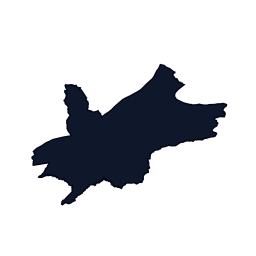 Mueang Nong Bua Lam Phu, Nong Bua Lam Phu, Thailand (Equal Earth projection), rotated 255°
{"feature_id": "78962969B75435650034529", "entity_name": "Mueang Nong Bua Lam Phu", "entity_type": "district", "adm_level": 2, "iso_a3": "THA", "parent_name": "Thailand", "parent_adm1": "Nong Bua Lam Phu", "projection": "equal_earth", "projection_center": [102.349, 17.151], "detail": "fine", "context": "isolated", "style": "filled", "palette": "ink", "viewbox_px": 256, "rotation_deg": 255, "n_neighbors": 0, "source": "geoboundaries", "source_scale": "gbopen_adm2", "svg_char_len": 5605}
<svg xmlns="http://www.w3.org/2000/svg" viewBox="0 0 256 256"><g transform="rotate(255 128 128)"><path d="M129.8,30.6L128.1,31.2L127.5,30.8L126.2,31.4L125.6,30.8L125.0,28.2L124.4,27.7L123.0,27.7L122.0,28.6L121.2,28.9L120.5,28.2L120.3,28.4L120.1,27.9L119.5,27.7L119.0,27.9L118.2,27.2L117.7,27.4L117.4,27.0L116.6,26.9L115.0,42.5L114.6,42.1L113.9,42.6L113.1,42.1L112.7,40.9L112.2,40.5L111.2,40.3L110.2,38.3L109.8,38.3L109.5,37.5L108.7,37.5L108.7,37.2L108.5,36.8L107.9,36.8L107.5,35.8L106.4,35.1L106.1,33.9L104.4,31.8L104.6,30.9L103.9,29.1L103.7,29.0L103.3,29.4L103.5,29.8L103.0,30.7L102.9,31.2L103.1,31.3L102.7,32.3L103.1,34.1L103.0,34.6L103.4,35.0L103.2,35.5L103.4,35.8L103.5,35.6L103.6,35.9L103.4,36.0L103.7,36.5L103.4,36.6L103.4,37.7L103.1,37.6L102.7,38.9L102.7,39.2L103.1,39.2L102.8,39.4L103.1,39.8L102.6,40.3L102.5,41.5L102.2,41.3L101.9,41.7L101.4,43.2L100.9,43.2L101.1,43.5L100.5,44.5L100.5,45.2L100.0,45.1L99.6,46.2L98.8,46.1L98.4,46.4L98.3,47.3L97.5,48.0L96.5,48.1L96.2,48.8L96.4,49.2L96.2,49.9L96.4,50.3L95.7,51.1L95.3,50.9L95.1,51.2L95.2,51.7L94.9,52.0L95.1,52.7L94.7,53.5L93.5,53.2L93.5,53.7L93.0,53.8L93.0,54.3L92.7,54.1L92.5,54.5L90.4,56.0L88.2,56.4L87.4,57.9L86.9,58.3L86.6,59.5L86.1,59.8L85.6,59.7L85.3,58.7L85.0,58.5L83.0,58.3L82.5,57.9L80.9,57.8L75.9,49.3L74.9,48.3L74.9,46.6L73.9,45.2L73.2,45.2L72.4,44.4L71.6,44.2L70.9,44.9L72.2,48.0L71.9,48.3L71.7,49.5L70.9,50.0L71.0,50.7L70.5,50.9L70.3,52.0L70.5,53.5L70.9,54.1L71.5,56.5L71.6,58.0L72.1,58.2L73.1,57.5L74.3,59.0L74.7,60.6L75.7,61.5L76.1,62.2L76.0,63.6L77.1,66.9L78.4,68.0L78.5,68.8L78.9,69.0L79.0,70.1L79.4,70.3L79.5,70.7L79.9,70.6L80.4,71.1L80.6,72.3L80.9,72.5L80.7,72.9L81.1,73.0L81.1,73.5L81.4,73.5L81.6,75.0L81.9,74.9L82.2,75.6L82.8,76.0L82.7,76.2L82.9,77.9L82.6,78.7L82.4,78.5L82.6,79.0L82.2,79.5L82.4,79.8L82.0,80.7L82.1,81.1L81.5,81.2L81.7,81.5L81.4,81.7L82.4,82.5L82.5,82.3L82.7,82.9L82.9,82.5L83.2,82.8L83.2,83.7L83.5,84.4L82.8,84.7L82.6,85.7L82.9,86.1L82.7,86.3L83.0,86.7L83.3,86.4L83.7,86.5L83.8,87.2L84.0,87.3L83.7,87.9L83.9,88.2L83.6,88.1L83.7,88.4L83.5,88.6L84.5,90.6L84.7,91.0L85.5,91.4L85.4,92.0L85.6,92.2L86.0,91.9L86.0,92.3L85.2,93.2L84.7,92.4L84.5,92.8L84.3,92.3L84.0,92.7L84.0,92.4L83.7,92.5L83.3,93.2L82.9,93.3L82.8,95.1L82.6,94.9L82.2,95.5L81.8,95.4L81.9,95.8L81.6,96.5L81.4,96.4L81.4,96.9L80.6,97.7L80.3,97.4L80.0,97.7L79.8,97.5L79.2,98.2L78.3,97.4L77.7,98.0L77.2,98.0L77.3,98.4L76.3,98.8L76.3,99.1L75.8,99.0L74.8,99.8L74.6,101.7L74.0,102.2L74.0,102.8L73.8,102.6L73.4,102.8L73.0,104.1L71.4,106.1L73.2,107.6L74.0,109.5L74.0,110.5L74.8,111.1L75.3,112.7L74.0,117.0L73.4,121.3L72.6,120.9L71.8,121.9L72.6,124.9L72.0,127.2L74.7,129.5L77.2,130.0L78.9,131.6L80.1,134.6L80.1,135.4L79.9,136.0L80.9,136.4L82.7,136.2L83.7,137.7L83.9,138.5L86.8,138.1L88.7,139.0L89.8,138.2L90.7,139.1L92.0,138.6L92.9,138.9L92.6,141.0L93.3,141.1L93.3,141.5L94.3,141.4L95.4,142.4L95.9,142.4L96.2,142.0L97.2,142.3L96.9,142.8L98.6,145.4L98.4,146.3L99.1,146.7L99.6,149.2L99.2,152.1L99.8,152.5L99.6,153.8L100.0,154.1L100.3,154.8L101.0,155.0L100.9,156.3L100.6,156.7L100.8,156.9L100.5,158.9L100.8,160.7L100.6,161.8L100.9,162.9L99.7,165.2L98.7,169.4L100.5,174.8L100.1,178.3L100.7,178.9L100.3,180.7L100.7,181.5L99.5,184.1L99.5,184.9L99.9,184.8L98.4,187.5L98.8,187.8L99.4,189.9L98.8,191.1L98.6,193.1L97.4,196.7L98.3,199.6L97.9,200.9L98.0,205.8L97.5,208.3L97.6,209.9L99.5,212.0L100.7,211.6L101.1,210.5L102.6,208.7L103.7,208.4L104.7,208.8L106.3,211.2L107.1,214.2L107.6,214.6L108.4,214.7L109.1,215.8L109.7,215.9L110.5,215.1L111.0,215.0L112.2,215.3L113.6,213.5L114.4,213.7L115.4,215.3L115.1,216.8L115.4,219.4L114.0,224.0L115.4,224.7L116.2,225.5L117.2,225.1L117.6,225.3L117.7,224.9L118.0,225.4L118.9,224.9L118.9,224.3L119.6,224.0L122.0,224.8L123.5,227.2L123.5,227.9L124.3,228.9L124.8,229.1L125.2,229.1L127.0,226.4L127.3,223.7L128.1,220.4L128.2,217.9L129.3,213.3L129.7,209.4L131.0,205.7L132.5,202.9L132.6,200.2L133.5,196.2L134.3,195.1L134.5,194.1L137.9,188.0L143.0,182.1L145.0,181.6L146.0,181.0L148.5,181.7L149.9,182.7L152.2,186.1L155.3,193.4L156.7,191.6L157.3,191.8L157.9,190.4L158.6,190.2L158.6,189.3L158.9,189.2L158.9,188.9L162.5,188.0L162.5,187.4L163.2,187.2L163.2,186.4L165.0,185.8L165.6,185.1L165.9,185.5L167.2,184.8L167.8,185.2L168.2,184.9L169.2,186.2L169.3,187.5L169.9,187.6L170.0,186.9L174.3,183.8L177.1,180.2L178.9,179.3L180.8,175.7L177.4,173.0L176.0,170.9L171.3,166.8L169.2,164.4L166.0,158.0L162.3,151.7L161.5,150.0L160.5,146.8L158.6,139.2L157.3,132.3L156.6,130.0L152.2,120.9L149.7,116.7L148.4,113.7L147.1,109.5L145.3,105.6L145.9,105.8L147.5,104.8L148.9,105.2L150.2,104.1L152.4,103.5L152.0,101.5L152.3,98.3L153.8,97.0L155.2,94.3L155.9,93.7L156.7,93.6L158.5,94.7L160.4,95.1L161.2,95.7L162.6,95.9L164.1,95.8L164.7,95.1L165.6,95.0L166.2,94.3L166.6,94.4L167.6,95.7L176.9,92.6L177.7,90.9L178.4,92.0L178.7,91.8L179.2,92.2L180.4,89.4L182.6,88.8L182.7,87.8L182.4,87.0L182.8,86.7L182.9,85.9L183.4,86.0L183.4,85.7L183.7,85.6L183.5,85.2L183.9,85.3L184.4,84.4L184.2,84.1L184.7,83.4L184.5,82.9L184.7,82.3L184.4,82.1L184.5,81.6L184.8,81.6L184.6,81.1L185.0,80.3L185.3,80.2L185.1,79.7L185.5,79.6L185.5,79.3L185.7,79.1L185.4,79.0L185.4,78.5L185.1,78.2L184.1,78.6L183.2,78.3L181.5,78.9L179.9,78.7L180.0,77.5L180.4,76.8L179.0,76.3L177.2,76.9L174.9,76.9L171.8,74.6L171.3,73.6L170.8,73.4L169.3,74.1L167.7,73.8L165.6,75.2L163.7,75.9L162.7,75.5L161.7,74.7L160.6,75.3L159.7,74.5L158.6,74.2L157.0,74.7L156.6,75.3L155.7,75.6L154.6,74.8L151.0,70.8L150.3,71.0L148.8,70.1L147.7,70.4L143.1,69.1L140.6,69.5L135.5,71.4L135.3,71.2L135.2,70.3L135.9,62.8L136.2,52.4L135.6,50.0L134.8,44.8L133.1,40.1L131.9,34.7L129.8,30.6Z" fill="#0f172a" stroke="#020617" stroke-width="1.5"/></g></svg>